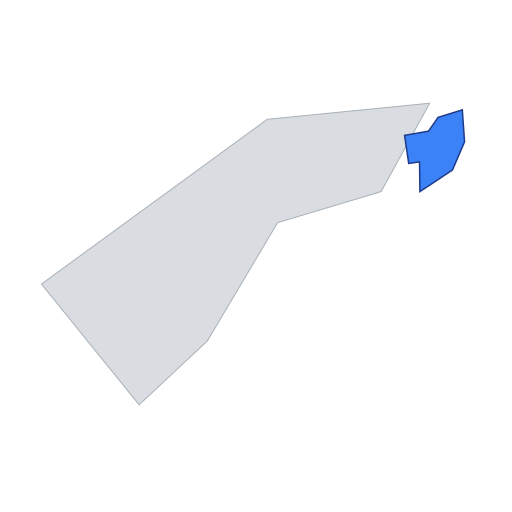 Takamaka highlighted on a map of Seychelles, rotated 266°
{"feature_id": "SYC-5220", "entity_name": "Takamaka", "entity_type": "state/province", "adm_level": 1, "iso_a3": "SYC", "parent_name": "Seychelles", "parent_adm1": "", "projection": "albers", "projection_center": [55.519, -4.787], "detail": "fine", "context": "in_parent", "style": "filled", "palette": "blue", "viewbox_px": 512, "rotation_deg": 266, "n_neighbors": 0, "source": "natural_earth", "source_scale": "10m", "svg_char_len": 448}
<svg xmlns="http://www.w3.org/2000/svg" viewBox="0 0 512 512"><g transform="rotate(266 256 256)"><path d="M391.6,276.8L396.3,439.9L311.5,385.3L287.8,279.9L174.5,201.4L115.7,129.0L243.0,40.0L391.6,276.8Z" fill="#d9dde1" stroke="#a8b0b8" stroke-width="1"/><path d="M366.0,412.6L368.5,436.8L381.6,447.3L387.4,472.0L355.3,472.0L328.1,458.0L308.8,424.0L338.5,425.7L337.7,414.8L366.0,412.6Z" fill="#3b82f6" stroke="#1e3a8a" stroke-width="1.5"/></g></svg>